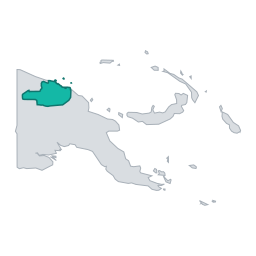 where East Sepik sits in Papua New Guinea
{"feature_id": "PNG-1239", "entity_name": "East Sepik", "entity_type": "Province", "adm_level": 1, "iso_a3": "PNG", "parent_name": "Papua New Guinea", "parent_adm1": "", "projection": "mercator", "projection_center": [143.363, -4.131], "detail": "fine", "context": "in_parent", "style": "filled", "palette": "teal", "viewbox_px": 256, "rotation_deg": 0, "n_neighbors": 0, "source": "natural_earth", "source_scale": "10m", "svg_char_len": 5444}
<svg xmlns="http://www.w3.org/2000/svg" viewBox="0 0 256 256"><path d="M17.1,167.2L17.0,133.8L15.4,131.3L17.0,125.4L17.0,69.5L20.2,69.7L35.5,76.6L45.8,80.1L54.9,81.7L63.2,87.3L69.3,87.6L78.4,95.5L82.1,96.0L88.6,102.6L88.9,107.9L88.2,111.3L98.1,114.5L107.5,119.0L112.6,119.5L115.4,121.1L118.9,125.0L119.6,130.2L117.5,131.1L108.7,131.1L106.3,132.7L109.8,140.9L117.8,148.4L123.8,151.9L125.6,158.7L128.6,160.8L130.6,166.2L133.7,166.7L139.8,165.9L140.7,168.1L139.8,171.5L140.7,172.9L151.9,175.8L148.2,177.6L149.9,180.7L157.2,183.4L161.7,184.4L164.4,184.1L161.2,185.6L158.4,185.2L157.9,185.7L159.0,187.0L161.4,188.4L158.9,190.2L156.5,190.4L152.0,189.3L148.1,185.9L135.9,184.4L131.6,182.9L128.3,183.4L118.4,181.6L115.2,179.2L113.1,175.6L107.2,171.2L105.8,169.1L106.4,166.3L104.8,166.7L101.4,164.6L92.5,151.4L88.0,149.6L76.7,147.3L75.1,144.7L69.8,143.8L68.6,145.5L64.3,146.6L60.7,145.4L57.0,142.2L61.3,149.5L59.8,149.4L60.5,150.6L59.7,150.7L55.0,150.3L56.4,153.3L48.7,155.0L42.9,154.4L40.2,155.1L39.0,155.1L37.5,152.8L35.4,153.2L37.2,153.3L39.4,155.9L44.2,155.5L48.9,157.4L52.9,161.8L52.7,164.8L42.0,170.3L35.8,168.0L26.7,168.6L23.5,167.7L19.4,168.7L17.1,167.2ZM178.9,93.5L181.1,95.0L183.3,93.4L187.6,95.4L186.8,102.6L185.4,104.5L181.8,105.3L181.3,106.3L183.7,110.6L182.7,112.1L179.6,113.7L174.3,113.5L173.0,116.4L170.1,119.0L158.8,124.2L146.5,124.6L142.5,121.4L138.3,122.0L132.6,118.2L127.9,116.7L126.9,115.3L127.0,113.4L128.3,112.3L136.8,112.5L142.2,114.0L149.2,113.1L151.2,111.9L151.9,107.3L153.1,105.4L154.3,106.3L152.8,109.9L154.5,113.1L159.5,112.1L162.7,112.9L165.2,111.9L168.7,106.9L171.5,104.6L176.7,103.5L176.6,99.8L174.8,94.7L175.5,93.3L178.9,93.5ZM240.6,130.5L240.0,132.2L239.7,131.7L237.1,133.2L234.1,132.7L231.5,131.1L229.5,128.1L229.4,124.8L226.5,123.4L222.8,119.2L222.0,116.4L222.3,111.9L227.7,114.5L233.3,122.4L238.6,125.9L240.6,130.5ZM198.5,95.5L194.9,102.7L192.6,99.8L191.7,97.7L191.5,92.2L185.7,84.0L179.8,81.3L167.7,72.7L162.9,71.4L164.1,71.0L164.0,68.9L170.0,73.4L173.7,74.4L178.7,77.9L182.1,79.1L196.8,91.8L198.5,95.5ZM101.8,60.0L113.3,60.3L113.5,61.2L112.0,61.4L110.0,63.1L103.2,62.6L100.2,63.5L100.0,62.3L101.1,61.9L100.9,60.6L101.8,60.0ZM159.6,170.6L161.7,171.9L163.5,171.7L164.8,173.1L165.1,175.5L164.3,176.0L163.8,175.3L158.2,174.8L159.3,173.5L158.3,170.8L159.6,170.6ZM158.2,70.3L154.2,70.2L151.2,67.4L155.1,66.1L158.1,67.4L158.2,70.3ZM167.9,180.8L170.5,179.3L171.1,179.9L170.1,183.5L166.0,181.9L163.3,176.1L167.9,180.8ZM189.3,165.5L193.7,164.9L195.8,166.4L196.4,167.0L196.0,168.5L192.3,167.9L189.3,165.5ZM199.5,200.6L207.8,204.6L204.8,205.3L202.2,204.2L201.8,203.2L200.8,203.6L201.3,202.9L199.5,200.6ZM122.3,117.6L118.6,114.6L118.8,112.6L122.7,114.4L122.3,117.6ZM156.9,172.9L155.8,172.9L153.4,170.9L154.8,168.5L156.5,169.4L156.9,172.9ZM221.1,111.7L219.5,106.9L220.9,105.4L222.3,108.5L221.1,111.7ZM109.6,111.7L107.0,109.8L108.9,108.1L110.0,109.0L109.6,111.7ZM148.2,53.7L146.8,54.0L145.0,52.5L145.5,50.7L147.6,51.9L148.2,53.7ZM92.8,99.8L91.3,101.6L90.3,100.2L92.0,98.3L92.8,99.8ZM168.4,156.6L168.5,162.4L167.3,161.3L167.9,158.9L166.7,158.2L168.4,156.6ZM53.9,158.1L56.3,160.5L50.3,156.7L53.9,158.1ZM56.0,157.6L52.7,156.6L52.1,155.8L55.9,156.2L56.0,157.6ZM215.6,201.2L215.4,202.0L213.2,202.2L211.8,201.0L213.2,201.3L212.9,200.4L215.6,201.2ZM191.1,75.9L191.2,78.6L189.7,76.7L191.1,75.9ZM183.1,74.5L182.4,75.2L180.9,73.4L181.2,73.0L183.1,74.5ZM165.1,189.1L164.9,190.3L163.5,189.7L163.7,188.9L165.1,189.1ZM181.7,72.5L180.6,72.8L180.8,71.0L181.7,72.5ZM119.4,64.1L119.6,65.4L117.9,65.1L119.4,64.1ZM206.4,90.9L206.2,92.1L205.3,91.7L206.4,90.9Z" fill="#d9dde1" stroke="#a8b0b8" stroke-width="1"/><path d="M48.5,80.6L48.8,80.6L49.0,80.6L49.4,80.6L50.4,80.7L50.6,80.8L50.8,81.0L51.0,81.0L54.4,81.6L55.1,81.8L55.3,82.0L56.2,82.9L56.3,83.3L56.5,83.4L56.7,83.5L56.9,83.6L57.0,83.7L57.4,83.8L57.5,83.9L57.8,83.7L58.0,83.7L58.0,83.8L57.9,84.0L58.1,84.2L58.2,84.3L58.4,84.4L59.0,84.4L59.2,84.5L59.5,84.6L60.0,85.5L60.8,85.9L61.0,85.9L61.4,86.1L62.1,87.2L62.5,87.3L63.0,87.3L64.0,87.3L64.3,87.3L64.7,87.3L64.4,87.5L64.2,87.5L64.3,87.7L64.5,87.8L64.9,88.0L65.2,87.8L65.4,87.9L65.6,88.1L65.6,88.3L65.9,88.3L65.9,88.2L66.0,88.1L66.1,87.9L66.3,87.7L66.3,87.4L66.8,87.2L67.5,87.2L68.2,87.3L68.7,87.5L68.9,87.4L69.6,87.5L69.8,87.5L70.1,87.7L70.2,88.0L70.3,88.2L70.4,88.5L70.4,89.8L70.5,89.9L70.7,90.1L70.9,90.2L70.6,97.4L68.8,100.3L62.9,104.7L62.4,104.9L61.7,104.9L50.0,105.9L48.2,106.3L47.3,106.3L45.8,106.1L43.7,105.5L42.9,105.0L42.7,105.0L41.8,105.1L40.2,105.0L39.3,104.8L37.2,104.7L36.8,100.4L35.3,99.5L24.8,99.4L23.7,99.3L22.9,99.1L22.6,98.4L22.5,97.7L22.4,95.2L22.5,94.6L22.9,94.1L28.1,90.6L28.5,90.5L28.8,90.4L28.8,90.8L29.0,90.9L29.3,91.0L29.5,91.2L29.3,91.4L29.2,91.6L29.3,91.7L29.7,91.5L29.8,91.5L30.1,91.5L39.2,91.4L40.0,91.2L40.3,90.6L40.4,90.4L40.4,90.2L40.7,89.4L41.1,89.1L41.6,88.8L41.8,88.2L41.9,87.7L41.8,87.3L41.8,87.2L41.7,87.0L41.6,86.9L41.5,86.4L41.4,86.2L41.3,85.3L41.4,84.7L41.3,83.6L41.4,83.4L41.4,83.2L41.7,82.8L41.9,82.3L42.0,82.0L42.2,81.9L42.7,81.8L42.9,81.7L43.2,81.5L43.4,81.4L43.6,81.4L43.8,81.5L44.0,81.6L44.5,81.9L47.2,83.0L47.6,83.1L47.9,83.1L48.1,83.1L48.3,82.9L48.4,82.6L48.5,80.6L48.5,80.6ZM56.0,81.0L55.7,81.0L55.3,80.8L55.2,80.8L55.1,80.7L54.8,80.5L54.9,80.4L55.0,80.1L55.4,80.0L55.8,80.2L56.1,80.5L56.2,80.8L56.0,81.0ZM63.1,78.5L63.3,78.3L63.6,78.1L64.0,78.5L63.9,79.0L63.4,78.9L63.1,78.5ZM71.1,82.8L71.3,82.8L71.4,83.0L71.1,83.1L71.0,82.9L71.1,82.8Z" fill="#14b8a6" stroke="#0f766e" stroke-width="1.5"/></svg>